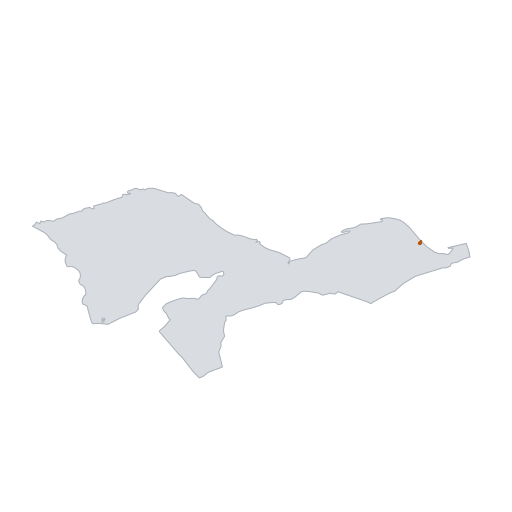 Cidade De Xai-Xai, Gaza, Mozambique shown in context, rotated 253°
{"feature_id": "85939544B37239521731461", "entity_name": "Cidade De Xai-Xai", "entity_type": "district", "adm_level": 2, "iso_a3": "MOZ", "parent_name": "Mozambique", "parent_adm1": "Gaza", "projection": "equal_earth", "projection_center": [33.662, -25.05], "detail": "fine", "context": "in_parent", "style": "filled", "palette": "amber", "viewbox_px": 512, "rotation_deg": 253, "n_neighbors": 0, "source": "geoboundaries", "source_scale": "gbopen_adm2", "svg_char_len": 4547}
<svg xmlns="http://www.w3.org/2000/svg" viewBox="0 0 512 512"><g transform="rotate(253 256 256)"><path d="M176.9,351.7L179.5,349.2L196.8,325.3L197.9,324.4L196.5,320.4L198.7,315.7L199.0,308.5L199.7,307.4L202.3,304.9L206.0,297.5L208.3,291.7L208.5,288.9L205.2,281.0L204.2,276.8L205.2,273.1L205.6,269.7L205.1,268.6L203.1,267.1L202.8,265.6L202.8,263.8L203.2,262.8L205.6,261.2L206.2,260.3L208.2,251.0L207.5,244.1L207.5,236.1L208.0,227.9L207.7,223.2L206.1,217.8L206.0,213.9L207.1,211.2L207.3,209.6L203.5,208.8L201.5,206.5L194.1,203.0L188.4,202.5L183.6,197.1L179.9,196.2L175.2,192.3L160.2,191.5L159.6,191.1L159.0,179.2L158.4,175.2L156.5,171.0L156.0,168.1L156.1,166.1L164.4,161.8L180.7,155.7L184.3,153.6L212.0,141.4L212.8,142.1L215.6,148.4L220.2,155.4L221.3,154.5L228.0,153.3L229.0,152.4L231.0,151.8L233.3,151.4L234.1,151.8L236.6,156.2L237.4,164.4L237.5,169.9L237.2,173.9L235.2,178.5L233.8,184.2L231.7,187.4L231.7,188.8L234.1,192.3L234.6,193.7L234.5,196.7L234.9,197.9L237.0,199.7L238.5,202.6L244.5,210.8L246.1,212.3L247.3,212.7L247.9,214.3L247.5,216.2L246.6,217.3L247.0,218.9L248.1,220.1L250.9,219.9L251.2,219.3L251.1,212.0L250.1,207.8L248.9,205.8L251.3,197.9L252.6,195.7L257.1,194.8L259.1,194.1L260.0,193.1L260.7,190.6L261.3,183.6L261.5,177.0L261.0,173.1L261.7,167.3L262.7,163.6L262.2,162.9L261.9,158.0L250.6,138.4L244.2,129.7L243.1,128.8L239.6,128.0L237.7,124.8L236.2,107.2L233.9,94.4L237.6,86.0L238.8,80.5L239.6,79.7L242.8,79.4L254.0,79.6L256.7,80.0L258.0,79.5L260.9,76.2L263.3,76.3L266.6,78.4L268.3,80.2L268.6,81.8L270.8,82.7L274.8,82.9L277.8,82.1L279.6,80.2L281.5,79.3L283.6,79.1L285.1,79.8L286.1,81.2L288.1,82.2L291.0,82.8L294.2,81.9L297.7,79.5L299.7,77.0L300.8,72.8L301.4,72.2L306.3,71.8L308.9,72.6L312.2,75.2L318.0,70.5L321.7,68.9L325.2,68.9L328.0,67.8L330.3,65.6L332.6,64.1L337.5,62.4L340.7,60.1L349.8,51.0L350.8,53.6L352.6,56.0L350.2,58.7L352.3,60.4L350.7,62.9L350.5,64.6L351.2,66.3L350.2,69.2L348.8,71.5L348.5,73.1L349.6,76.1L349.0,81.4L350.8,90.3L350.2,93.2L350.5,100.2L349.8,102.7L351.0,103.6L351.6,106.4L351.0,111.2L349.0,113.2L348.8,115.2L351.2,115.2L351.2,121.3L350.8,123.1L351.4,125.1L350.7,127.4L351.4,137.1L351.5,144.2L351.6,145.3L353.7,146.5L353.6,148.4L352.2,150.9L352.3,154.7L353.8,151.7L354.8,151.7L355.6,152.9L355.6,157.1L356.0,159.3L355.8,161.1L353.2,164.6L353.0,168.0L352.1,168.5L351.6,169.3L352.2,171.3L352.2,173.0L350.4,178.4L341.8,191.1L341.6,193.3L339.4,197.4L337.0,198.0L335.7,199.1L336.7,202.7L325.3,211.7L324.2,212.9L322.3,216.2L318.5,217.9L314.5,218.1L313.8,218.8L304.6,223.0L302.8,225.0L298.9,226.8L292.7,231.2L287.7,235.5L281.9,241.9L281.2,245.3L278.5,249.7L274.4,255.0L272.0,259.4L271.8,261.3L270.4,261.9L269.2,260.1L268.7,263.6L267.7,263.9L266.6,263.1L261.5,266.9L257.8,271.2L252.4,279.4L244.6,287.4L242.8,287.6L240.4,284.8L239.1,284.6L241.0,287.6L240.9,294.3L239.9,302.2L240.1,303.9L245.2,312.2L247.7,321.8L247.8,326.8L250.4,333.1L251.5,342.7L251.2,351.6L252.4,353.0L252.9,351.8L253.1,346.2L253.8,344.7L254.5,344.9L255.2,347.9L255.4,351.1L254.4,358.1L254.7,360.9L255.9,365.6L254.4,371.1L252.1,386.2L252.6,387.1L253.7,387.5L254.2,385.8L254.8,385.8L255.2,386.8L254.2,392.7L253.3,395.3L249.9,401.7L248.0,404.4L245.0,407.1L238.0,411.3L223.9,417.3L215.0,422.0L207.9,427.6L204.8,431.4L203.6,435.7L201.2,440.2L203.3,443.9L205.9,446.6L207.1,442.2L207.8,442.1L206.6,460.7L197.0,461.0L194.2,460.3L192.6,460.5L192.4,452.7L191.2,446.9L191.7,442.7L191.6,440.5L189.5,439.0L189.0,434.6L190.1,431.1L190.0,402.4L186.5,388.5L181.8,378.4L181.5,373.4L179.4,362.2L176.9,351.7ZM240.1,93.2L241.2,92.4L241.4,91.0L240.6,90.2L240.0,90.4L239.6,92.7L240.1,93.2ZM239.3,90.5L238.3,89.4L237.6,89.7L237.4,90.7L238.1,91.9L238.9,91.9L239.3,90.5Z" fill="#d9dde1" stroke="#a8b0b8" stroke-width="1"/><path d="M220.0,415.3L219.6,415.5L219.3,415.7L219.3,415.8L219.3,416.0L219.3,416.3L219.3,416.5L219.2,416.6L219.2,416.8L219.3,416.9L219.5,416.9L219.7,417.0L219.4,417.1L219.2,417.0L219.3,417.1L219.5,417.2L219.5,417.3L219.6,417.5L219.8,417.7L219.9,417.8L220.0,417.8L220.3,417.8L220.5,417.9L220.8,417.8L221.0,417.8L221.1,417.7L221.3,417.7L221.3,417.8L221.5,417.8L221.5,418.0L221.5,418.3L221.6,418.5L221.8,418.6L222.0,418.5L222.2,418.4L222.3,418.4L222.3,418.2L222.2,418.0L222.2,417.9L222.0,417.7L221.9,417.4L221.9,417.2L221.8,416.9L221.7,416.9L221.7,416.7L221.6,416.4L221.5,416.2L221.4,416.1L221.3,415.9L221.2,415.8L221.1,416.0L220.9,416.1L220.8,416.3L220.7,416.4L220.7,416.2L220.4,416.0L220.4,415.9L220.5,415.8L220.6,415.7L220.5,415.4L220.5,415.2L220.4,415.1L220.2,415.2L220.2,415.3L220.0,415.3Z" fill="#f59e0b" stroke="#b45309" stroke-width="1.5"/></g></svg>